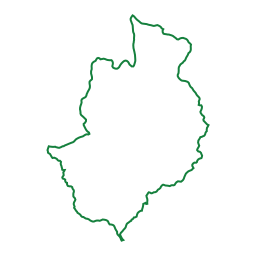 the district of Novo Cruzeiro, Minas Gerais, Brazil
{"feature_id": "56859067B79443339621870", "entity_name": "Novo Cruzeiro", "entity_type": "district", "adm_level": 2, "iso_a3": "BRA", "parent_name": "Brazil", "parent_adm1": "Minas Gerais", "projection": "robinson", "projection_center": [-41.963, -17.365], "detail": "fine", "context": "isolated", "style": "outline", "palette": "green", "viewbox_px": 256, "rotation_deg": 0, "n_neighbors": 0, "source": "geoboundaries", "source_scale": "gbopen_adm2", "svg_char_len": 5761}
<svg xmlns="http://www.w3.org/2000/svg" viewBox="0 0 256 256"><path d="M91.7,69.2L91.1,71.2L91.1,73.6L91.6,75.4L92.0,77.1L92.0,79.1L91.3,79.9L90.4,80.6L89.6,81.6L89.5,82.8L89.6,83.9L89.9,85.6L89.9,87.1L89.6,88.4L88.8,90.0L87.9,91.5L87.3,92.9L86.7,94.1L86.4,95.6L85.5,97.1L84.2,97.8L82.9,98.5L81.8,99.4L81.4,100.6L81.6,102.5L81.1,104.3L80.5,105.9L80.1,107.6L80.0,109.3L80.3,110.7L80.5,112.4L80.5,113.7L81.2,115.1L82.5,116.2L83.8,117.4L85.0,118.6L86.0,119.6L86.0,121.1L85.3,122.3L84.6,123.2L83.7,123.8L83.7,125.1L84.4,126.5L85.2,128.1L86.1,129.8L87.2,131.2L88.2,132.0L89.0,132.6L89.4,133.9L88.4,134.5L87.4,134.3L86.2,134.4L85.1,134.9L84.0,135.6L83.2,136.2L82.1,136.6L80.6,137.0L78.6,137.8L76.8,138.8L75.9,139.4L74.0,141.5L72.8,142.3L71.8,142.6L70.5,143.1L69.3,143.6L68.1,144.1L67.2,144.5L64.7,145.5L63.7,146.2L62.5,146.3L61.1,147.1L59.3,147.8L58.0,147.7L57.1,147.4L56.1,147.2L55.1,146.7L54.0,146.9L52.9,146.9L50.1,146.6L48.8,146.3L48.3,147.6L47.9,148.9L47.5,150.1L47.9,151.2L48.0,152.7L49.0,153.4L50.1,154.1L51.6,156.8L52.5,158.0L54.2,157.7L55.5,158.2L56.8,158.9L57.7,160.1L58.5,160.7L60.0,160.8L61.0,161.9L60.7,163.4L60.9,164.8L61.5,166.1L61.7,167.3L62.1,168.4L62.2,169.7L63.3,170.1L64.7,170.0L64.2,171.1L63.3,172.3L63.5,173.7L63.7,175.2L63.1,176.1L62.3,177.3L62.7,178.5L63.9,178.9L65.2,179.6L65.2,181.0L65.8,182.3L67.0,182.8L67.1,184.6L67.8,185.9L69.3,186.3L70.9,186.3L72.2,187.1L72.5,188.5L73.1,189.4L73.8,190.3L73.9,191.8L73.4,193.2L73.3,194.9L73.4,196.5L74.1,197.4L74.9,198.2L75.4,199.7L74.7,201.2L74.0,202.4L73.7,204.0L74.1,205.4L74.6,206.6L74.1,207.8L75.0,209.0L76.0,210.7L77.0,211.7L77.5,212.8L78.7,213.5L80.3,214.7L81.2,216.1L82.2,216.9L83.4,217.0L85.5,218.4L86.5,218.7L87.5,218.8L88.9,219.4L90.3,220.5L91.5,221.1L92.7,221.5L94.0,221.5L95.4,220.9L97.0,220.5L98.2,220.5L99.7,220.8L101.2,220.2L102.7,219.5L104.3,219.7L105.8,220.0L106.8,220.4L108.0,221.3L108.7,223.0L109.6,224.4L111.1,224.5L112.4,224.8L113.5,225.3L114.3,226.3L114.8,227.5L115.4,229.0L116.2,230.4L117.1,231.7L117.1,233.2L117.6,234.5L118.7,235.6L119.7,236.7L120.5,238.0L121.0,239.5L121.6,240.6L123.3,240.0L122.2,238.9L121.7,238.0L120.9,236.5L120.0,234.5L120.8,232.9L121.9,231.8L122.9,230.7L123.6,229.7L124.7,228.6L125.6,227.4L126.1,225.7L126.7,224.1L127.5,223.2L128.4,222.7L130.1,221.3L131.2,220.8L131.6,219.6L132.6,219.2L133.3,218.5L133.8,217.5L135.2,217.3L136.6,216.6L137.0,214.8L137.6,213.2L138.5,212.2L139.6,211.4L140.7,210.8L141.9,210.7L142.2,209.1L142.7,207.6L143.1,205.8L143.3,203.9L144.3,203.5L145.4,202.9L146.2,204.0L147.3,203.8L147.2,202.3L147.4,200.1L147.2,198.6L146.7,197.2L146.4,195.7L147.4,194.3L148.0,193.2L148.8,192.3L150.0,192.6L151.2,193.3L152.4,193.1L153.7,192.3L155.1,192.2L156.5,191.6L157.3,190.6L157.9,189.7L159.2,189.0L160.4,187.9L161.0,186.6L162.0,185.4L163.1,184.7L164.2,185.0L165.4,185.5L166.6,185.6L167.8,185.7L169.8,186.1L171.3,185.3L172.7,185.2L173.7,185.3L174.6,184.9L175.5,183.4L176.5,182.2L178.0,181.3L179.6,181.5L181.0,181.7L182.2,180.8L183.1,179.9L183.8,178.7L184.4,176.9L185.2,175.1L185.9,173.6L186.9,172.6L188.4,171.3L189.8,170.7L191.6,170.0L192.7,168.8L193.5,168.1L192.9,167.0L192.3,165.9L192.3,164.7L193.1,163.5L194.4,162.6L196.1,162.7L196.9,162.1L197.3,160.6L198.3,159.4L199.4,158.7L200.4,158.4L201.4,158.1L201.9,156.8L202.1,155.5L201.5,154.4L201.0,152.9L199.9,151.8L198.2,151.4L197.1,150.0L197.6,148.6L198.5,147.2L199.2,145.7L198.7,144.4L198.1,142.6L198.4,140.5L199.7,138.5L200.4,137.1L201.7,136.9L202.8,136.3L203.8,136.0L204.6,135.3L205.2,134.1L205.5,132.8L206.1,131.8L206.8,131.1L206.7,129.7L207.0,127.8L207.8,126.6L208.5,125.1L207.1,124.4L206.1,123.3L205.3,122.5L204.6,121.7L203.6,120.7L203.4,119.4L204.0,118.4L204.3,117.3L203.8,116.3L203.0,115.6L202.1,115.0L200.7,112.9L200.4,111.8L201.0,110.5L201.5,109.4L201.8,108.3L202.0,106.8L201.3,105.3L199.8,105.3L198.7,104.9L199.1,103.1L198.8,101.5L199.2,100.4L199.7,99.0L199.3,97.7L198.4,96.7L197.2,95.5L196.4,94.4L195.7,93.0L194.5,91.6L193.5,90.5L192.9,89.4L192.1,88.1L191.2,87.4L190.5,86.7L189.8,85.5L189.3,84.3L188.7,82.8L187.7,81.9L186.4,81.4L185.1,81.0L183.4,80.8L181.8,80.6L180.8,80.0L179.9,79.2L179.0,78.3L178.3,77.3L177.7,76.0L177.8,74.6L178.5,73.2L178.7,70.9L178.7,69.8L178.7,68.3L178.9,67.1L179.7,65.7L180.4,64.5L181.5,63.6L182.8,62.7L183.7,61.4L184.9,60.5L185.5,59.4L185.9,58.3L186.6,56.9L187.5,55.5L188.1,54.2L188.5,53.1L189.7,52.2L190.5,50.9L190.8,49.7L190.8,48.1L190.7,46.1L191.0,44.6L190.2,43.6L189.3,42.9L188.5,42.1L188.0,41.0L187.2,39.8L186.0,38.9L183.1,37.9L181.6,38.0L180.2,38.4L179.2,39.0L178.2,39.5L176.9,39.2L175.8,38.1L174.4,37.1L173.0,36.0L171.7,35.4L170.3,35.0L168.8,34.5L167.6,34.5L166.0,34.2L164.5,34.0L163.5,33.7L162.7,32.2L162.6,30.6L163.3,29.2L161.6,28.3L161.0,27.2L159.9,26.3L158.8,25.7L157.4,25.1L156.0,25.4L154.7,25.8L153.4,25.9L152.4,25.6L151.0,25.2L149.3,24.9L148.1,24.6L146.7,24.1L143.4,23.7L142.0,23.5L140.7,22.8L139.5,21.7L138.4,20.8L137.2,19.9L136.1,18.8L135.3,17.9L134.5,16.9L133.6,16.0L132.6,15.4L132.0,16.2L131.1,17.6L130.6,18.9L130.7,20.1L131.4,22.0L132.0,23.7L132.5,24.7L132.7,25.9L132.8,27.4L133.1,31.4L133.4,32.6L134.0,33.8L134.2,35.3L134.1,37.0L134.0,38.3L134.1,39.8L133.8,41.4L133.7,42.6L133.4,43.7L133.3,45.3L133.5,48.1L133.8,49.3L134.1,50.6L134.4,51.9L135.0,55.0L135.1,56.6L135.2,57.9L135.3,59.7L135.3,61.0L134.9,62.5L134.4,64.2L134.0,65.4L133.3,66.4L131.7,66.4L130.6,65.4L129.5,64.5L128.9,63.2L128.1,61.9L126.7,60.8L125.3,60.6L124.0,61.1L122.9,62.0L121.6,63.3L120.5,64.7L119.7,66.1L119.1,67.2L118.0,68.2L117.0,68.7L115.3,68.6L114.0,68.1L113.0,67.5L112.3,66.2L112.7,64.7L112.9,63.5L112.8,62.4L112.4,61.3L111.5,60.2L109.5,60.2L107.7,60.0L106.6,59.7L105.2,59.1L103.7,58.7L100.4,59.3L99.5,58.3L98.1,57.9L97.0,58.4L96.2,59.6L95.6,60.8L93.6,61.9L92.6,62.8L92.0,63.8L91.7,65.2L91.6,66.5L91.7,67.9L91.7,69.2Z" fill="none" stroke="#15803d" stroke-width="2"/></svg>